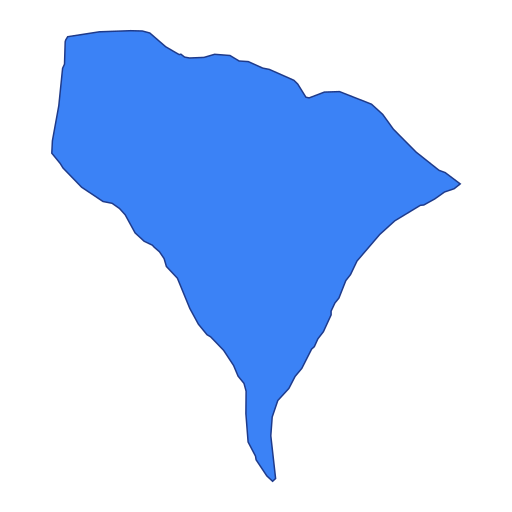 Alotenango, Sacatepéquez, Guatemala (Robinson projection)
{"feature_id": "79465075B60145282500225", "entity_name": "Alotenango", "entity_type": "district", "adm_level": 2, "iso_a3": "GTM", "parent_name": "Guatemala", "parent_adm1": "Sacatepéquez", "projection": "robinson", "projection_center": [-90.818, 14.441], "detail": "fine", "context": "isolated", "style": "filled", "palette": "blue", "viewbox_px": 512, "rotation_deg": 0, "n_neighbors": 0, "source": "geoboundaries", "source_scale": "gbopen_adm2", "svg_char_len": 1230}
<svg xmlns="http://www.w3.org/2000/svg" viewBox="0 0 512 512"><path d="M65.2,41.7L64.5,64.2L62.6,68.3L58.8,105.7L52.4,140.8L51.8,153.2L60.3,163.6L63.0,168.0L81.6,187.2L103.0,201.5L112.1,203.3L119.5,208.5L125.2,214.8L135.1,232.9L144.2,241.3L152.4,245.2L154.2,247.2L159.5,251.8L164.1,258.6L166.4,266.5L177.4,278.2L189.8,308.4L198.4,324.2L207.0,334.7L210.6,336.8L223.6,350.3L233.6,365.5L238.1,376.2L244.0,383.4L246.1,391.2L245.9,413.8L248.1,442.0L255.5,456.1L256.1,459.8L266.8,475.9L272.6,481.3L275.6,478.5L270.8,435.8L272.2,417.0L277.8,400.5L288.9,388.4L295.1,376.4L301.8,368.4L311.6,349.1L314.3,346.7L317.9,338.8L323.4,331.7L331.1,314.9L331.1,311.1L334.9,303.0L338.9,298.1L345.8,280.6L350.5,274.6L357.0,261.0L379.7,234.5L394.8,220.8L420.4,205.3L423.8,205.0L434.8,198.9L444.5,192.0L454.2,188.7L460.2,183.9L445.2,172.6L439.0,170.3L416.2,152.2L399.3,135.2L393.3,129.1L382.7,114.4L371.5,104.2L339.5,91.6L324.3,92.1L309.1,97.9L305.9,97.2L297.7,84.0L293.9,80.3L269.3,69.4L262.7,68.1L248.3,61.6L239.1,61.0L230.0,55.5L214.6,54.3L204.0,57.4L189.6,58.0L184.6,57.1L180.9,54.2L179.2,54.6L173.8,51.5L165.6,46.7L149.8,33.0L142.4,31.0L130.6,30.7L99.4,31.8L67.7,36.7L65.7,40.0L65.2,41.7Z" fill="#3b82f6" stroke="#1e3a8a" stroke-width="1.5"/></svg>